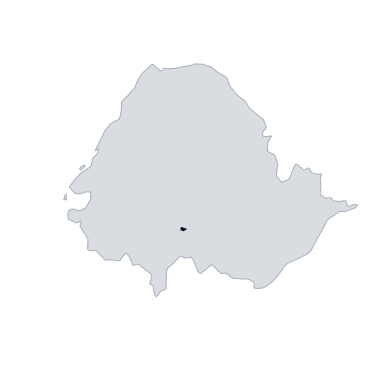 Kampong Cham, Kâmpóng Cham, Cambodia (highlighted), rotated 49°
{"feature_id": "14789045B1741124947579", "entity_name": "Kampong Cham", "entity_type": "district", "adm_level": 2, "iso_a3": "KHM", "parent_name": "Cambodia", "parent_adm1": "Kâmpóng Cham", "projection": "natural_earth1", "projection_center": [105.447, 11.989], "detail": "fine", "context": "in_parent", "style": "filled", "palette": "ink", "viewbox_px": 384, "rotation_deg": 49, "n_neighbors": 0, "source": "geoboundaries", "source_scale": "gbopen_adm2", "svg_char_len": 3329}
<svg xmlns="http://www.w3.org/2000/svg" viewBox="0 0 384 384"><g transform="rotate(49 192 192)"><path d="M310.5,75.5L311.2,78.5L309.3,84.2L307.2,89.3L303.3,93.8L303.2,97.1L301.8,106.9L302.4,110.1L303.3,112.7L304.5,114.2L307.9,123.8L311.0,132.6L314.1,139.8L314.6,144.3L311.9,155.8L308.6,166.4L308.9,171.7L310.3,177.0L311.8,184.0L312.4,193.0L311.6,198.9L310.2,202.5L307.4,206.3L304.9,208.2L302.0,205.0L299.6,204.9L296.5,205.8L294.0,207.3L289.0,212.8L283.4,218.1L275.7,219.5L272.7,223.4L269.5,224.0L263.4,224.2L259.4,225.1L259.6,227.1L259.3,236.5L259.4,238.7L258.7,239.3L256.0,239.6L251.3,238.1L245.0,235.8L240.5,235.4L238.1,239.5L236.8,241.1L235.1,241.4L233.3,242.1L232.7,243.9L232.5,246.2L233.4,250.1L233.7,256.4L233.5,260.6L235.2,263.3L244.8,272.3L247.7,274.5L248.0,275.9L246.3,280.8L247.8,287.7L244.8,287.5L239.7,284.6L237.3,282.8L234.4,284.2L233.4,283.9L231.4,280.6L228.8,277.1L226.1,276.9L220.5,278.2L214.7,279.2L212.5,279.2L211.7,279.8L208.3,284.9L206.9,284.1L201.1,282.1L195.8,281.4L194.7,282.7L195.3,286.9L196.5,291.0L195.8,292.7L192.9,294.9L189.1,298.8L186.7,301.8L185.1,302.5L179.2,302.4L173.4,302.8L171.0,305.6L168.8,307.9L166.9,308.5L159.3,301.4L144.2,299.0L142.5,295.9L141.1,295.2L139.7,299.3L131.4,303.2L127.9,300.8L125.3,298.0L125.7,294.5L128.1,291.7L132.3,289.6L134.2,282.5L131.1,273.4L128.3,270.7L125.4,268.6L122.3,272.0L119.7,277.8L117.0,280.8L113.3,281.5L107.7,281.2L105.6,272.5L104.9,265.1L105.6,256.6L106.5,251.6L101.2,244.6L100.9,238.0L98.3,234.6L97.5,236.3L97.6,238.2L96.9,236.8L88.5,217.4L87.1,208.4L88.6,201.5L89.4,199.2L87.0,195.5L83.6,191.4L77.6,186.0L77.2,177.4L75.9,167.3L74.1,163.8L71.3,157.6L69.8,152.4L69.4,138.8L70.1,137.7L74.4,137.3L79.9,136.3L80.8,134.1L79.8,132.3L83.4,129.2L88.4,122.4L92.3,115.3L95.1,110.8L96.8,106.4L102.5,100.1L110.3,95.7L115.6,94.7L121.1,93.3L126.4,91.1L128.9,90.9L135.4,93.5L139.0,94.1L142.7,94.1L146.6,94.4L149.9,94.1L158.0,92.3L166.5,93.7L174.1,92.6L183.5,90.6L188.1,91.9L192.3,93.9L192.9,98.1L193.9,100.0L195.3,101.5L197.2,101.5L199.6,98.6L201.6,95.6L202.2,95.0L202.4,96.5L203.3,99.7L205.1,102.9L207.0,105.0L210.0,107.9L211.9,108.0L218.4,105.3L228.0,109.2L229.2,111.1L232.3,115.1L235.7,117.9L243.2,118.1L245.9,111.1L244.6,106.9L240.3,99.5L239.1,95.2L240.5,94.4L247.8,93.6L248.9,92.7L250.5,88.0L252.5,88.5L256.5,89.1L260.8,85.8L263.3,82.4L264.7,84.0L266.2,86.4L267.9,87.8L270.9,89.8L274.3,92.8L276.4,95.6L278.1,96.7L282.4,95.9L283.6,96.0L286.1,92.6L287.8,90.7L289.3,91.2L291.5,91.2L296.0,86.8L298.6,82.7L300.0,81.6L304.0,83.7L305.6,83.2L308.0,77.7L310.5,75.5ZM102.7,261.1L101.9,261.6L101.1,261.6L100.3,260.8L100.4,257.7L101.0,255.8L102.4,255.4L102.7,261.1ZM115.4,291.8L113.7,293.9L111.0,289.6L111.0,288.4L115.4,291.8Z" fill="#d9dde1" stroke="#a8b0b8" stroke-width="1"/><path d="M215.6,223.4L215.6,223.2L215.6,222.9L215.6,222.7L215.6,222.3L215.6,222.2L215.6,221.8L215.6,221.6L215.7,221.3L215.3,221.5L215.2,221.5L215.0,221.8L214.9,221.8L214.8,222.0L214.4,222.1L214.4,222.4L214.4,222.5L214.5,222.6L214.4,222.8L214.2,222.7L214.0,222.8L214.0,223.0L213.9,222.9L213.7,222.8L213.4,222.8L213.2,222.8L212.9,222.9L212.7,222.9L212.6,223.0L212.3,223.1L212.3,223.9L213.7,223.9L213.7,224.4L213.7,224.5L213.8,224.4L214.0,224.3L214.3,224.1L214.5,224.0L214.7,223.9L214.8,223.8L215.0,223.7L215.3,223.5L215.5,223.4L215.6,223.4Z" fill="#0f172a" stroke="#020617" stroke-width="1.5"/></g></svg>